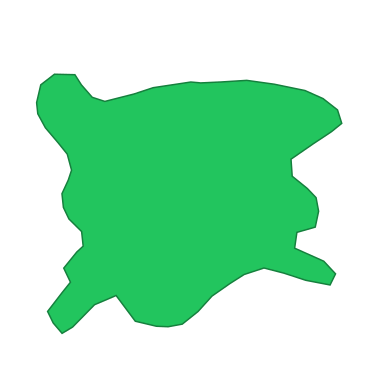 outline of Minsk City, City of Minsk, Belarus, rotated 174°
{"feature_id": "67162791B57724394311820", "entity_name": "Minsk City", "entity_type": "district", "adm_level": 2, "iso_a3": "BLR", "parent_name": "Belarus", "parent_adm1": "City of Minsk", "projection": "orthographic", "projection_center": [27.611, 53.884], "detail": "fine", "context": "isolated", "style": "filled", "palette": "green", "viewbox_px": 384, "rotation_deg": 174, "n_neighbors": 0, "source": "geoboundaries", "source_scale": "gbopen_adm2", "svg_char_len": 915}
<svg xmlns="http://www.w3.org/2000/svg" viewBox="0 0 384 384"><g transform="rotate(174 192 192)"><path d="M336.0,65.0L324.8,70.2L300.7,90.1L278.3,97.0L261.9,69.4L241.4,62.2L229.8,60.5L215.5,61.6L198.4,72.6L183.0,86.4L164.2,96.8L148.8,104.5L128.4,108.9L109.1,101.7L88.1,92.3L64.4,85.1L57.8,95.6L68.2,109.4L95.8,125.4L91.9,140.9L73.1,144.2L68.1,159.6L69.2,173.4L76.9,183.4L90.7,197.2L90.1,214.3L66.9,227.0L47.0,237.4L35.9,244.6L38.7,258.4L51.9,271.2L69.0,281.1L98.9,290.6L125.9,297.3L151.9,298.4L172.3,299.6L173.9,300.0L181.7,301.5L219.7,299.8L239.6,295.5L269.2,291.2L281.3,296.6L290.8,310.1L296.2,320.9L316.5,323.5L331.2,314.4L337.2,297.1L337.2,285.9L331.1,271.2L319.9,254.8L312.1,242.7L309.5,226.3L313.8,216.8L321.5,203.9L321.5,190.1L317.2,178.0L305.9,164.2L305.9,149.5L312.8,144.4L327.5,129.7L322.3,115.0L331.7,105.5L348.1,88.3L343.7,76.2L336.0,65.0Z" fill="#22c55e" stroke="#15803d" stroke-width="1.5"/></g></svg>